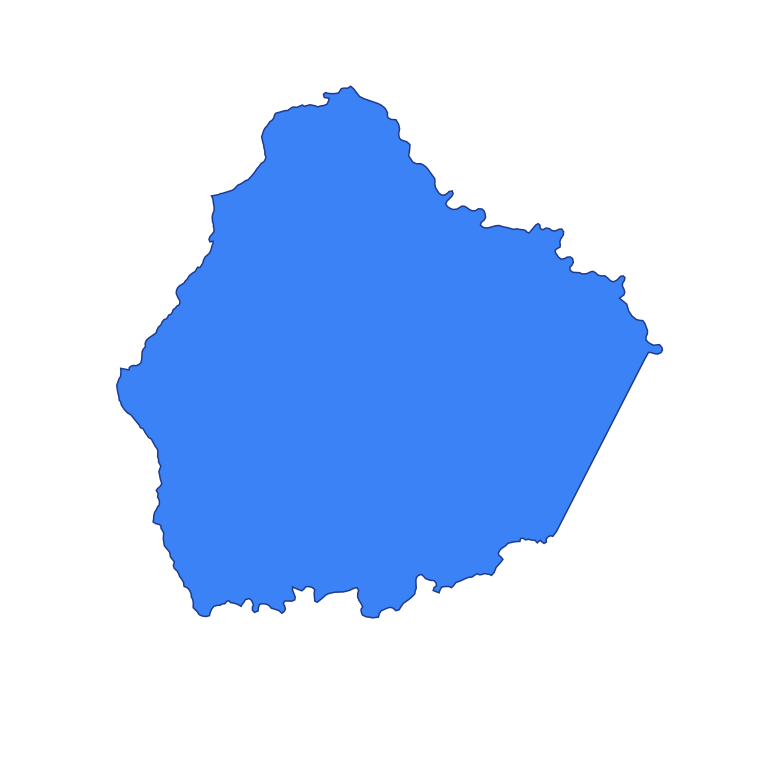 outline of Sandolândia, Tocantins, Brazil, rotated 107°
{"feature_id": "56859067B27604847776999", "entity_name": "Sandolândia", "entity_type": "district", "adm_level": 2, "iso_a3": "BRA", "parent_name": "Brazil", "parent_adm1": "Tocantins", "projection": "mercator", "projection_center": [-49.87, -12.382], "detail": "fine", "context": "isolated", "style": "filled", "palette": "blue", "viewbox_px": 768, "rotation_deg": 107, "n_neighbors": 0, "source": "geoboundaries", "source_scale": "gbopen_adm2", "svg_char_len": 6171}
<svg xmlns="http://www.w3.org/2000/svg" viewBox="0 0 768 768"><g transform="rotate(107 384 384)"><path d="M628.0,412.4L625.4,414.1L623.0,416.3L620.4,415.2L618.6,408.7L616.5,406.2L613.5,406.7L608.2,411.0L604.8,412.1L605.4,407.9L605.8,402.1L603.5,400.6L600.7,399.5L599.7,396.6L599.5,393.5L600.7,390.2L604.7,389.6L611.8,386.7L612.2,384.0L608.9,381.7L602.4,377.7L600.2,375.0L597.5,370.1L594.7,362.1L591.7,357.0L587.8,352.6L586.7,350.3L588.7,347.9L591.8,347.9L595.3,347.0L598.2,344.7L600.6,341.8L603.4,339.2L606.1,340.1L608.5,339.2L611.2,337.2L611.9,333.0L611.2,329.7L611.0,326.7L608.6,321.2L604.9,321.3L601.8,320.5L597.4,315.4L595.7,312.7L595.7,309.9L597.3,306.4L595.6,303.6L588.5,301.6L583.0,297.4L579.2,294.9L575.8,293.2L572.8,293.7L570.2,293.4L562.5,296.1L559.7,296.4L556.9,295.2L555.2,292.5L556.4,289.7L558.0,287.3L558.2,282.3L557.4,278.8L558.8,276.2L561.6,274.8L564.0,276.6L567.1,276.6L567.6,270.3L564.4,270.2L561.3,269.4L559.6,265.8L558.7,262.8L559.0,259.9L556.4,258.4L553.1,257.4L549.3,252.6L546.2,249.2L544.0,246.3L542.9,243.4L538.2,239.6L538.5,236.6L537.5,234.6L535.9,232.4L535.3,227.7L535.6,225.2L532.1,223.6L526.5,223.1L519.8,220.0L516.9,219.0L515.0,221.9L514.3,224.0L512.3,225.2L508.3,224.3L506.3,223.0L503.4,220.6L500.0,218.8L496.8,213.3L494.8,208.0L491.9,208.2L490.8,206.1L491.7,203.1L490.2,200.4L490.1,196.9L489.3,194.0L491.1,191.0L487.7,189.0L488.8,187.0L489.7,184.3L487.7,182.5L484.8,183.6L482.3,182.5L480.5,180.6L480.3,178.0L474.5,175.9L283.8,141.9L276.5,140.3L275.8,137.8L275.9,134.6L275.4,131.1L273.0,128.3L270.1,127.6L267.8,128.9L265.8,132.1L268.1,137.5L267.7,140.5L266.9,143.6L264.9,146.6L261.9,147.2L259.2,146.8L255.9,147.6L250.0,152.1L247.7,155.0L248.4,158.3L248.6,161.5L246.5,166.7L242.8,171.2L236.7,175.2L233.1,183.9L228.6,180.6L225.7,180.6L223.1,182.3L220.6,184.7L217.6,185.3L214.8,184.4L211.8,184.7L210.7,187.0L211.8,189.2L216.8,191.8L219.2,194.5L219.1,197.6L217.3,201.0L216.0,204.2L217.1,207.9L217.3,211.3L215.7,214.3L215.2,217.1L216.3,219.2L218.5,221.4L220.0,224.1L220.7,226.6L220.4,229.6L222.0,236.3L220.7,239.3L217.9,240.4L215.5,239.0L212.5,238.5L209.1,240.1L208.0,243.0L209.1,245.9L211.2,247.9L212.8,250.8L211.8,254.1L208.2,258.5L205.7,259.4L203.5,257.6L201.6,255.7L199.0,256.2L196.9,257.4L193.8,257.4L188.9,256.1L185.8,256.8L183.8,259.4L184.8,261.8L186.8,264.0L188.0,266.2L188.1,268.5L187.0,271.4L187.5,274.7L190.2,277.4L189.5,280.2L186.5,281.3L185.6,283.5L187.6,285.4L197.0,289.3L197.0,291.7L195.7,293.8L195.9,296.5L196.5,299.3L196.7,302.0L198.2,305.4L198.4,312.2L198.8,315.3L198.8,320.5L200.1,323.6L204.1,329.8L205.2,333.0L205.1,335.6L203.7,338.3L201.0,338.2L197.9,336.1L194.9,335.6L191.8,337.0L189.2,338.9L188.0,341.5L188.8,344.9L191.6,347.2L192.6,350.7L192.0,353.9L191.0,356.6L190.5,359.4L191.2,361.6L195.3,365.2L197.0,369.0L196.6,372.6L195.8,375.2L193.9,377.6L190.9,377.3L184.8,374.1L181.8,373.5L179.4,375.2L181.0,378.1L183.4,379.3L185.4,381.1L186.4,383.6L185.7,386.7L183.4,389.7L180.9,392.4L177.3,394.1L175.0,394.6L172.8,395.5L165.6,405.0L164.1,407.4L162.9,410.9L162.6,413.5L163.9,417.3L163.5,421.1L158.6,427.1L151.9,428.1L147.5,429.2L145.7,433.0L145.5,439.4L144.0,441.4L140.6,443.1L135.4,443.7L131.6,445.8L127.8,449.8L128.9,454.6L128.3,457.8L126.2,459.4L123.8,459.8L120.6,462.8L119.5,464.7L118.2,468.0L117.6,471.3L117.0,486.7L116.2,491.5L110.6,499.3L109.0,502.9L111.7,505.2L112.8,508.9L114.1,511.2L119.1,512.6L120.9,516.6L122.2,521.1L122.6,525.3L124.7,526.6L127.4,524.9L126.9,520.0L129.7,519.8L133.0,520.3L135.1,522.7L136.5,525.7L138.4,528.6L138.1,531.3L138.6,536.4L141.7,541.3L141.1,543.7L144.8,548.0L145.8,552.2L148.1,554.3L150.6,556.0L151.6,558.8L156.9,566.9L159.3,567.3L161.9,567.2L164.7,568.3L166.4,569.8L171.1,571.2L173.8,572.5L176.4,573.1L183.3,573.3L188.0,570.7L190.2,569.2L193.3,567.8L195.9,566.1L199.3,565.0L201.5,563.2L203.8,563.2L206.7,563.9L209.0,566.0L212.2,567.0L214.5,568.1L221.3,570.3L228.3,573.6L230.5,576.3L232.9,578.0L234.7,579.7L236.5,581.9L241.4,584.3L243.4,586.2L248.5,593.6L249.9,596.2L251.4,597.8L254.6,604.0L256.5,602.1L264.3,598.3L267.6,597.2L271.3,597.5L274.3,597.2L279.2,595.3L281.0,593.8L283.3,593.2L285.5,591.8L288.4,591.2L294.0,593.5L296.8,593.7L299.0,592.0L297.5,589.2L299.6,588.6L303.0,588.9L306.8,588.7L310.0,589.2L314.8,592.2L318.5,592.8L321.5,592.6L326.5,594.1L326.8,596.4L331.5,597.4L334.2,599.8L337.4,601.9L341.2,602.8L343.5,604.1L346.0,604.8L350.2,608.5L352.8,609.6L356.2,609.7L358.4,609.0L361.9,606.0L363.7,604.0L365.9,602.9L368.1,603.0L370.2,604.9L372.6,605.8L374.3,607.3L377.2,607.4L379.6,608.1L381.1,610.1L383.5,610.4L385.6,611.4L386.8,613.3L389.6,614.3L392.7,614.6L395.7,616.4L398.9,616.9L401.8,616.9L408.8,622.4L411.7,624.1L414.9,624.3L418.2,623.1L421.3,624.5L424.0,624.7L430.8,623.0L434.6,622.7L437.0,624.1L439.0,626.4L439.5,628.9L440.6,630.9L442.8,632.4L445.1,632.0L446.0,640.4L448.9,639.2L453.9,638.1L456.3,638.9L463.4,639.2L468.8,636.7L474.5,633.4L476.8,632.6L478.2,630.5L480.6,629.3L482.7,626.9L484.7,624.3L486.6,620.9L487.5,617.1L495.1,605.8L496.9,604.3L497.3,601.2L500.6,597.8L504.0,593.4L504.7,590.4L510.6,584.4L512.0,582.4L513.8,580.8L519.7,579.2L522.3,577.4L524.5,576.8L527.8,573.4L533.7,573.7L536.4,572.1L539.8,570.4L544.2,567.4L547.3,568.1L550.0,569.8L552.3,570.7L554.9,567.9L558.5,567.4L560.1,565.5L562.2,564.4L565.3,563.5L567.7,564.6L570.6,564.9L573.6,565.8L577.0,565.7L580.8,564.8L583.4,564.5L584.2,561.6L584.1,558.3L584.6,555.9L587.0,555.2L588.9,553.0L591.0,551.1L596.7,549.8L603.0,546.7L607.3,540.1L609.6,538.7L611.7,537.8L615.5,532.4L619.2,532.4L621.7,530.6L623.3,527.2L625.8,524.6L627.8,523.2L629.5,520.8L632.2,517.8L636.0,516.0L636.3,512.5L638.2,509.5L641.1,507.1L644.2,505.8L646.1,503.8L649.3,502.3L653.7,501.1L656.5,495.7L658.6,493.4L659.0,489.7L658.3,485.9L656.5,483.2L653.2,483.4L649.4,482.9L646.4,481.7L644.5,478.9L643.5,476.1L641.6,474.3L640.5,471.8L638.1,471.0L636.6,469.2L637.9,466.8L637.5,464.1L637.4,461.5L637.7,458.6L638.4,455.6L635.7,455.1L633.5,454.1L630.8,453.6L628.6,450.1L629.6,447.5L633.2,444.3L635.6,444.6L638.6,443.8L640.3,441.1L637.9,438.1L634.3,438.7L631.3,438.7L629.8,436.3L629.1,433.5L629.0,431.2L629.6,428.7L631.3,426.4L631.3,420.8L631.5,418.0L633.1,414.6L630.8,413.0L628.0,412.4Z" fill="#3b82f6" stroke="#1e3a8a" stroke-width="1.5"/></g></svg>